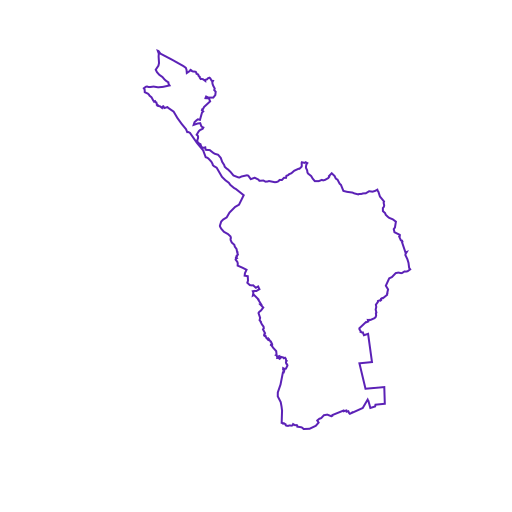 Mihaileni, Harghita, Romania (Mercator projection), rotated 298°
{"feature_id": "2599482B41839360493249", "entity_name": "Mihaileni", "entity_type": "district", "adm_level": 2, "iso_a3": "ROU", "parent_name": "Romania", "parent_adm1": "Harghita", "projection": "mercator", "projection_center": [25.857, 46.528], "detail": "fine", "context": "isolated", "style": "outline", "palette": "violet", "viewbox_px": 512, "rotation_deg": 298, "n_neighbors": 0, "source": "geoboundaries", "source_scale": "gbopen_adm2", "svg_char_len": 6113}
<svg xmlns="http://www.w3.org/2000/svg" viewBox="0 0 512 512"><g transform="rotate(298 256 256)"><path d="M186.0,439.1L200.5,430.8L190.2,415.0L209.8,397.7L216.8,408.2L239.9,391.5L236.7,388.5L238.7,386.2L238.2,385.5L238.1,384.1L238.5,384.1L239.8,381.8L240.7,381.2L249.3,384.1L249.3,384.6L250.8,385.8L252.0,384.8L252.4,386.0L252.8,386.0L253.3,387.1L256.7,389.8L258.2,390.3L259.9,390.0L261.8,388.7L262.5,388.9L264.9,386.8L267.5,386.1L269.3,384.7L272.6,385.2L273.5,384.8L275.1,386.2L275.0,386.8L275.9,387.2L276.9,386.5L278.2,387.2L278.3,387.9L283.3,390.0L284.3,389.4L285.0,389.5L285.4,389.1L288.5,388.3L290.7,384.6L298.8,384.1L301.2,385.9L306.5,387.4L308.2,389.5L309.0,392.2L309.5,392.9L312.1,394.4L312.6,395.7L313.7,397.0L316.6,398.4L317.4,396.8L321.5,393.9L324.3,391.1L327.0,387.4L328.0,387.1L330.3,387.2L329.3,386.3L336.7,378.5L337.4,378.6L338.1,377.7L337.8,376.6L340.4,373.3L341.2,373.6L342.2,373.0L342.0,367.1L344.4,365.0L346.4,365.3L352.0,363.4L352.6,359.5L352.2,355.6L352.5,354.0L353.3,351.2L354.5,349.8L355.2,347.0L357.9,345.5L359.5,345.8L360.9,345.4L362.9,343.7L364.2,343.5L366.7,337.5L370.2,333.9L370.7,332.8L371.5,332.0L369.4,330.6L367.5,328.7L366.3,325.5L362.9,323.5L361.5,321.1L360.3,320.0L359.1,317.8L358.4,317.4L357.4,313.3L357.3,311.4L355.4,306.3L354.5,302.6L358.7,297.6L359.1,295.9L361.7,292.1L361.7,290.7L362.1,289.7L363.5,287.9L364.6,284.0L360.8,282.9L360.4,283.5L358.7,283.2L355.6,281.2L354.3,279.8L354.1,278.4L351.5,276.2L349.7,272.8L351.0,269.6L352.5,267.2L353.2,263.4L353.8,262.3L355.7,260.9L357.3,258.7L358.5,258.1L360.5,257.5L362.1,257.7L362.1,255.8L361.0,255.1L360.3,252.5L359.6,252.6L356.9,254.2L356.1,254.3L353.4,253.4L353.0,252.6L349.2,249.7L345.7,248.4L343.6,246.7L342.7,246.6L341.1,245.2L339.1,245.8L338.2,244.0L335.3,243.2L334.2,241.1L332.5,240.7L331.0,239.5L330.0,238.0L328.3,232.3L327.2,231.2L326.1,229.5L326.1,227.1L324.0,223.7L324.6,222.3L324.5,218.1L321.4,215.3L323.3,211.5L323.0,210.1L319.4,205.9L317.5,204.5L317.1,203.4L316.5,198.3L318.3,194.0L319.3,190.5L319.4,189.1L320.1,186.5L321.4,185.2L323.2,182.0L326.1,178.8L327.6,175.0L326.9,171.6L327.0,169.8L327.8,165.4L326.4,162.4L326.2,161.6L328.1,160.2L327.0,159.0L326.5,157.5L327.0,156.3L328.7,154.4L328.4,152.7L328.9,152.2L329.0,151.1L330.6,149.8L332.8,149.5L334.2,148.8L334.9,148.1L335.2,146.7L339.3,146.9L340.8,147.4L343.3,149.2L344.7,149.2L344.6,148.0L345.0,146.7L347.1,144.4L345.6,142.3L342.5,139.4L345.3,138.9L347.7,139.7L349.4,140.5L349.9,142.6L357.2,141.0L358.9,141.5L359.3,139.8L360.4,139.7L360.6,140.2L363.3,140.2L371.0,142.9L373.1,140.4L372.3,138.7L372.8,138.9L372.6,138.2L372.8,137.8L372.3,137.2L373.4,137.1L373.5,139.6L375.8,143.9L379.0,144.5L382.1,143.3L382.9,141.2L384.5,140.9L386.3,138.2L387.7,136.7L388.8,135.9L390.4,135.8L389.9,134.6L391.4,132.2L391.6,131.2L390.3,130.1L389.1,129.9L387.7,128.5L386.8,129.0L387.2,126.3L386.8,124.7L386.3,124.1L387.1,122.5L387.8,122.2L388.1,120.7L389.1,119.8L389.0,117.9L390.0,117.0L390.3,116.3L390.0,115.2L389.3,113.7L389.2,112.5L389.6,111.8L389.6,110.8L388.3,110.7L385.1,109.0L387.7,107.3L389.2,105.7L389.6,102.8L389.9,89.4L389.8,76.6L391.2,73.7L391.1,72.9L389.0,75.2L386.5,76.3L380.8,79.8L378.2,80.5L373.4,80.0L371.8,82.3L370.6,85.5L370.1,89.4L368.9,92.4L368.4,94.6L368.2,97.1L367.0,97.9L366.0,99.6L361.6,94.4L359.0,90.4L357.5,86.0L355.4,83.1L354.7,81.6L354.5,80.2L353.7,79.3L351.4,78.2L350.7,79.5L348.4,80.9L348.6,84.3L348.2,85.8L347.6,86.6L347.1,89.2L344.9,92.5L344.9,93.5L344.6,93.7L345.3,94.2L344.6,95.1L344.8,95.9L343.4,97.3L343.2,98.1L342.7,97.8L342.4,98.5L343.1,101.1L342.6,103.6L344.3,103.5L344.7,103.9L343.6,105.6L345.9,107.9L345.6,108.7L344.8,115.5L341.0,121.7L337.8,128.2L335.1,134.7L333.1,137.1L333.7,138.2L333.7,139.9L328.1,150.8L324.4,159.8L319.6,165.2L319.9,166.9L319.7,168.3L318.3,172.3L317.0,174.3L316.0,175.2L315.6,176.6L315.5,179.8L309.9,188.8L308.5,193.5L307.9,197.6L306.7,200.0L305.7,204.8L305.7,206.8L303.9,216.6L293.3,216.9L289.5,214.5L281.9,212.2L276.3,212.0L272.8,209.9L270.1,209.1L265.8,209.9L265.2,210.3L263.8,212.4L262.3,216.3L262.2,221.0L261.3,224.3L260.1,225.4L259.1,225.5L258.1,226.2L256.5,228.3L255.7,231.6L254.3,232.9L253.0,235.6L251.3,236.9L250.8,237.8L250.4,237.7L248.7,239.4L247.3,238.8L246.9,239.3L245.6,239.5L245.7,239.0L245.3,239.0L245.0,240.1L244.1,239.5L243.2,239.7L242.1,242.2L241.0,243.3L238.9,244.3L239.3,249.5L239.4,254.1L235.6,254.3L233.3,255.2L234.3,258.2L230.5,260.5L228.3,260.9L227.4,264.2L228.1,266.2L228.8,267.2L227.9,270.8L230.1,272.2L228.3,274.6L225.2,272.7L224.5,271.1L223.4,269.7L222.4,270.9L219.6,271.8L220.7,272.5L218.9,278.4L218.6,278.3L215.7,283.3L215.2,282.6L213.9,286.6L210.2,286.0L208.2,285.1L206.8,285.0L203.3,288.7L201.0,289.3L200.2,291.2L199.9,291.2L198.4,293.3L197.2,295.8L195.9,296.8L194.5,296.6L192.1,300.2L190.8,300.0L189.6,300.5L189.5,301.0L190.1,301.2L190.1,301.8L189.4,302.2L189.0,303.2L188.5,303.6L188.2,304.7L188.8,305.2L187.7,305.9L187.7,306.6L188.4,306.9L187.8,307.7L187.6,308.8L187.2,309.1L187.3,309.5L185.9,311.4L184.8,310.8L184.4,310.9L184.2,312.0L184.4,312.3L183.9,312.5L183.0,314.3L181.5,318.5L178.5,320.5L177.9,320.2L177.9,320.9L176.9,321.9L177.9,322.9L176.1,322.9L176.8,324.0L177.6,324.0L176.4,324.6L176.3,325.1L177.3,325.5L177.9,324.9L178.6,325.0L179.2,327.8L178.8,328.5L179.8,329.4L179.3,330.5L177.9,331.6L177.8,332.3L176.4,332.2L175.5,332.9L174.8,334.0L174.9,334.4L174.0,335.2L170.6,335.3L169.7,334.2L169.7,332.7L168.4,333.3L168.8,334.5L167.2,335.0L166.1,335.1L165.9,334.4L154.0,338.0L145.8,339.3L142.3,341.1L138.6,346.4L135.1,349.2L131.7,351.6L120.7,357.0L121.3,358.9L120.9,359.0L121.3,359.6L121.3,361.1L120.6,361.6L120.4,362.3L121.0,364.0L122.1,365.1L123.0,367.2L123.7,367.8L125.0,367.7L124.9,369.8L125.8,371.4L125.8,371.8L124.7,372.6L126.0,376.2L126.1,377.4L125.6,379.3L128.6,384.4L134.1,388.5L138.3,389.5L139.5,387.3L142.2,388.4L142.9,389.3L143.9,389.8L147.3,390.7L149.4,393.4L149.9,397.8L150.8,398.4L151.4,398.1L160.6,405.8L160.1,406.3L162.0,408.3L161.1,409.1L162.3,410.4L161.0,412.0L160.7,412.9L161.1,413.3L162.9,414.3L162.7,414.5L171.9,421.6L181.6,422.0L180.6,423.2L180.7,423.4L175.5,428.3L179.1,431.8L180.8,431.3L186.0,439.1Z" fill="none" stroke="#5b21b6" stroke-width="2"/></g></svg>